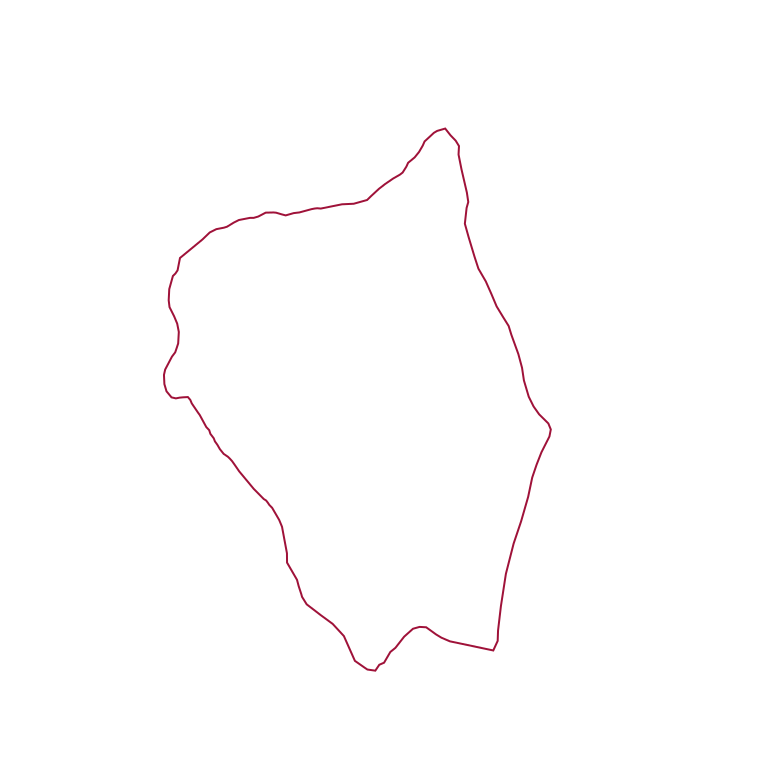 Ramjar, Tashigang, Bhutan, rotated 304°
{"feature_id": "84629894B19422058596981", "entity_name": "Ramjar", "entity_type": "district", "adm_level": 2, "iso_a3": "BTN", "parent_name": "Bhutan", "parent_adm1": "Tashigang", "projection": "mercator", "projection_center": [91.58, 27.409], "detail": "fine", "context": "isolated", "style": "outline", "palette": "rose", "viewbox_px": 768, "rotation_deg": 304, "n_neighbors": 0, "source": "geoboundaries", "source_scale": "gbopen_adm2", "svg_char_len": 2074}
<svg xmlns="http://www.w3.org/2000/svg" viewBox="0 0 768 768"><g transform="rotate(304 384 384)"><path d="M625.8,307.4L627.4,300.0L630.0,291.9L623.5,286.5L620.1,284.9L614.5,283.6L607.8,282.0L603.4,282.8L596.0,283.3L589.0,282.7L580.9,280.3L576.7,281.0L569.7,281.2L566.4,280.1L559.5,276.7L550.4,273.1L543.1,270.7L532.5,268.2L527.1,267.1L516.5,258.1L509.5,248.7L494.1,233.5L492.4,230.4L490.7,228.4L488.5,226.2L478.9,217.9L475.2,213.6L468.8,208.2L467.4,204.2L465.7,198.8L464.5,196.6L459.9,190.1L452.5,186.1L448.9,183.1L446.8,180.0L443.9,177.1L438.8,172.0L433.8,169.2L426.6,165.9L424.1,163.9L418.6,158.4L412.2,154.8L402.4,152.7L374.4,144.4L362.8,149.3L359.0,149.3L355.5,148.6L342.6,152.9L333.0,158.7L327.8,163.2L322.8,172.1L320.7,175.3L318.4,178.8L312.4,184.8L302.5,190.7L297.9,192.0L293.5,193.2L288.1,192.9L273.6,194.5L268.5,196.5L261.1,202.0L256.3,207.8L254.1,215.3L255.7,219.5L258.5,222.3L260.7,225.0L263.5,228.7L262.5,232.3L260.4,235.5L256.2,246.0L255.3,248.5L248.9,260.8L248.0,264.9L245.6,267.9L243.8,273.2L241.9,275.9L240.4,279.9L238.2,284.4L236.4,290.2L236.4,295.3L235.9,298.0L235.1,301.2L233.2,306.2L230.6,312.8L225.2,331.3L224.2,334.7L223.7,337.3L221.4,348.6L221.5,351.4L220.7,353.9L219.6,356.6L218.8,360.5L212.7,373.1L208.6,379.3L196.4,391.3L189.4,398.2L181.7,403.5L173.0,421.4L168.7,426.3L163.5,433.0L161.7,435.1L158.1,443.1L157.0,460.9L156.4,475.7L152.6,491.7L145.4,503.2L138.2,514.7L138.0,526.3L138.0,529.9L141.5,537.1L148.6,537.1L153.0,539.9L165.4,539.1L171.6,541.0L185.8,542.0L197.3,544.9L202.5,549.3L205.9,555.0L205.5,567.2L205.8,573.5L207.5,582.5L224.2,623.6L234.6,621.9L243.4,616.4L265.3,605.1L294.8,591.2L324.2,580.7L346.7,574.5L371.1,566.6L389.3,559.2L402.5,555.6L415.5,552.7L433.0,550.5L439.6,547.7L441.4,545.0L443.2,542.3L445.6,529.6L449.0,520.6L454.4,511.1L465.2,498.0L474.6,489.4L483.9,478.7L496.0,462.1L501.8,454.9L506.0,445.5L511.3,434.0L518.8,422.5L526.0,411.0L532.4,397.8L540.2,387.8L553.1,372.0L562.1,361.4L576.2,354.0L582.0,352.1L589.0,345.7L605.4,328.1L615.9,317.5L623.2,313.1L625.8,307.4Z" fill="none" stroke="#9f1239" stroke-width="2"/></g></svg>